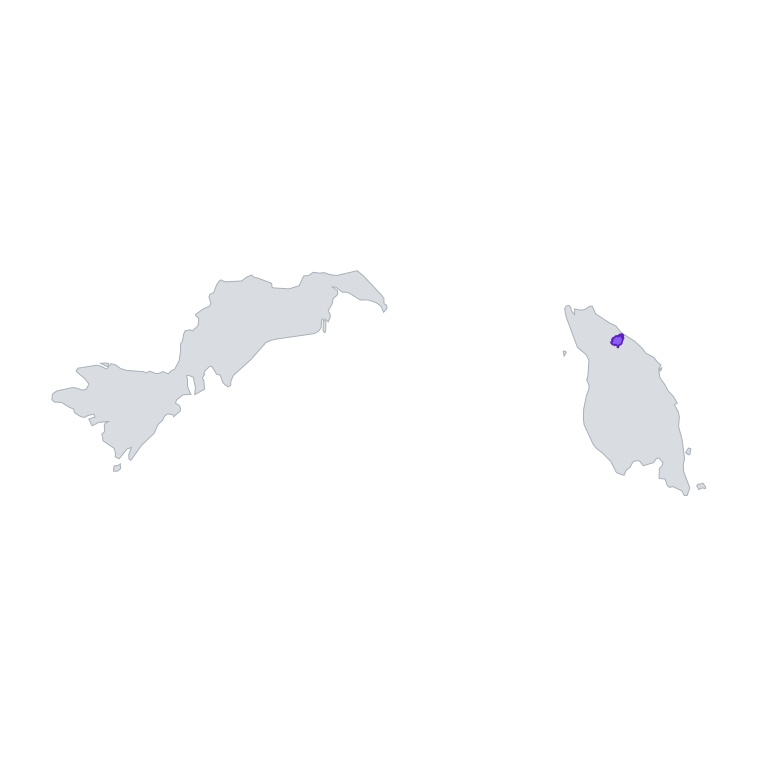 Ledang, Johor, Malaysia (highlighted), rotated 185°
{"feature_id": "92858781B19407525562459", "entity_name": "Ledang", "entity_type": "district", "adm_level": 2, "iso_a3": "MYS", "parent_name": "Malaysia", "parent_adm1": "Johor", "projection": "albers", "projection_center": [102.644, 2.275], "detail": "fine", "context": "in_parent", "style": "filled", "palette": "violet", "viewbox_px": 768, "rotation_deg": 185, "n_neighbors": 0, "source": "geoboundaries", "source_scale": "gbopen_adm2", "svg_char_len": 6744}
<svg xmlns="http://www.w3.org/2000/svg" viewBox="0 0 768 768"><g transform="rotate(185 384 384)"><path d="M657.6,380.5L653.4,379.8L647.5,376.3L641.5,375.1L624.3,375.3L621.8,374.2L618.5,376.4L612.5,374.6L609.0,374.9L605.3,377.1L599.8,375.3L597.2,378.5L593.8,380.6L590.1,389.2L589.5,399.5L590.3,405.8L588.5,409.3L587.9,416.5L586.7,419.7L581.8,421.1L579.7,420.1L575.4,424.6L574.3,426.4L574.2,433.4L577.6,435.6L577.6,437.1L570.6,443.0L564.4,446.4L563.5,449.4L566.0,455.5L565.0,458.4L561.8,459.9L559.5,467.8L556.6,472.9L555.5,473.4L551.2,471.9L534.9,474.2L530.2,478.4L525.5,481.0L521.8,478.6L520.0,478.8L504.7,474.5L504.0,470.7L502.5,470.1L486.8,470.5L477.0,474.6L473.5,484.6L468.2,485.7L464.4,489.1L457.6,488.8L453.4,489.7L446.8,488.2L440.5,488.0L420.5,494.5L414.0,490.0L394.3,472.4L391.6,469.3L390.9,463.8L388.7,462.9L388.0,461.4L387.6,459.8L390.6,455.4L393.7,461.1L398.6,464.2L407.1,466.4L415.0,465.6L426.0,471.3L429.6,472.2L433.4,471.8L440.3,476.2L444.5,476.3L438.9,473.3L437.9,470.9L438.5,468.3L442.1,464.8L442.6,459.3L445.3,453.8L445.9,451.2L443.9,449.3L443.4,445.9L444.9,441.2L448.6,443.6L451.7,443.0L451.6,434.5L453.9,430.8L457.7,428.2L495.1,419.4L501.3,417.3L505.4,414.8L518.8,396.6L534.7,379.5L536.8,373.5L536.6,369.3L537.6,368.3L539.3,367.7L542.8,369.8L544.7,371.5L548.1,378.7L551.3,378.9L556.6,385.8L557.8,386.6L559.3,386.2L563.4,381.7L564.5,378.4L563.6,377.9L565.5,374.1L563.8,371.7L562.2,363.2L571.6,357.0L571.6,364.0L574.5,374.1L579.2,375.5L581.6,374.9L580.2,371.8L579.7,365.8L578.4,361.9L575.4,356.9L583.3,355.7L589.2,350.2L590.1,346.8L586.2,344.9L584.7,342.3L584.6,339.5L590.7,333.0L591.4,334.9L595.3,335.3L597.2,335.2L599.9,332.6L601.2,328.8L605.9,323.5L608.5,315.1L620.3,301.7L629.5,285.9L631.5,287.1L632.1,291.3L630.1,298.8L634.3,296.9L641.4,286.4L645.5,288.1L645.3,290.9L647.0,296.2L658.9,302.9L660.7,309.6L658.1,312.2L659.1,318.8L658.2,320.8L654.3,322.8L665.0,320.8L671.2,316.9L675.0,323.3L669.0,325.9L670.3,328.6L676.0,326.9L679.5,324.6L683.0,325.0L688.5,327.6L690.1,329.0L691.2,332.1L695.2,333.2L703.5,337.5L710.9,337.3L713.5,339.4L713.4,345.1L709.5,348.5L694.1,353.3L690.1,353.2L684.3,351.6L680.3,352.6L677.8,358.1L682.6,363.4L690.7,368.9L691.8,370.3L690.2,373.1L672.1,377.6L668.3,377.3L661.6,374.7L657.6,380.5ZM70.3,307.2L72.3,299.4L75.1,299.1L77.9,303.5L87.5,307.0L90.4,305.9L91.7,306.6L93.0,307.7L95.7,313.8L101.7,313.9L102.4,323.6L99.7,327.3L99.3,329.8L103.7,334.3L106.3,333.3L108.5,329.2L118.6,325.2L122.7,329.6L126.5,329.6L129.3,328.0L131.4,322.8L135.4,318.9L136.9,314.0L142.7,315.3L144.9,316.3L151.5,326.8L160.1,334.1L166.5,338.1L170.4,342.1L181.1,360.9L182.4,367.0L182.9,376.3L181.3,390.3L179.3,397.3L179.7,400.6L182.4,405.7L181.6,410.5L181.9,425.5L185.2,430.9L194.5,437.4L208.2,466.3L210.6,474.5L209.3,477.6L206.8,478.4L204.8,476.8L203.4,472.9L200.2,469.7L200.6,475.4L194.7,474.7L190.6,475.6L185.7,479.5L183.3,479.6L179.2,472.3L163.7,464.0L157.9,461.9L151.9,455.6L138.3,448.6L129.7,441.9L126.1,437.7L117.3,433.9L113.5,429.6L109.7,427.1L111.7,422.9L109.9,414.7L103.7,407.3L100.6,402.2L94.8,397.0L90.2,390.6L92.9,388.7L88.4,381.9L86.9,376.9L86.9,367.5L82.1,354.3L78.1,335.9L78.9,329.5L77.8,322.6L70.3,307.2ZM641.7,279.7L639.7,281.5L639.1,276.6L641.8,274.0L645.7,273.5L645.9,277.9L645.0,279.1L641.7,279.7ZM61.2,306.3L63.6,309.9L61.8,312.0L60.4,311.5L57.7,313.1L54.8,309.6L54.5,307.9L57.9,308.2L61.2,306.3ZM449.9,441.9L448.9,442.3L447.3,441.2L446.8,430.9L447.9,430.0L449.4,432.0L449.9,441.9ZM77.6,341.9L75.1,346.7L72.7,346.2L73.1,340.7L74.5,340.0L77.6,341.9ZM668.0,379.9L663.3,380.6L660.1,380.5L660.5,377.8L662.0,377.4L668.0,379.9ZM208.3,432.3L205.8,432.4L205.2,431.1L207.0,427.6L208.3,432.3ZM110.5,423.7L108.8,424.3L109.0,422.2L110.2,421.0L110.5,423.7Z" fill="#d9dde1" stroke="#a8b0b8" stroke-width="1"/><path d="M153.4,443.2L152.5,443.7L152.2,443.7L151.9,443.7L151.7,443.8L151.4,444.0L151.5,444.2L151.4,444.4L151.3,444.6L151.1,444.8L151.0,445.0L150.8,445.1L150.6,445.4L150.6,445.6L150.7,445.8L150.8,446.1L150.6,446.3L150.6,446.5L150.5,446.8L150.3,447.1L150.3,447.7L150.2,447.9L150.2,448.2L150.1,448.4L150.1,448.6L149.9,448.8L150.2,449.1L150.2,449.3L150.0,449.6L149.8,449.8L149.7,449.9L149.4,450.1L149.3,450.4L149.5,450.6L149.4,450.8L149.5,450.9L149.7,451.0L149.9,451.0L150.0,450.9L150.0,451.0L150.4,451.1L150.4,451.3L150.5,451.4L150.8,451.3L150.9,451.5L151.0,451.5L151.1,451.4L151.1,451.5L151.3,451.4L151.3,451.5L151.4,451.8L151.4,452.0L151.5,452.0L151.6,452.3L151.6,452.5L151.4,452.6L151.4,452.8L151.3,453.0L151.2,453.0L150.9,453.1L150.7,452.9L150.4,452.7L150.4,452.8L150.4,453.0L150.2,453.0L150.0,452.9L149.9,453.0L149.7,453.1L149.8,453.3L149.8,453.2L149.9,453.3L150.0,453.3L150.0,453.5L150.0,453.4L149.9,453.4L149.9,453.5L150.0,453.8L150.3,453.9L150.4,454.0L150.6,454.1L150.9,454.3L151.2,454.6L151.4,454.7L151.9,454.2L151.9,454.3L152.0,454.3L152.1,454.2L152.3,454.2L152.5,454.2L152.7,453.8L152.7,453.6L152.9,453.5L153.0,453.7L153.2,453.9L153.3,454.0L153.5,454.0L153.7,453.9L153.8,453.7L153.7,453.5L153.2,453.5L153.0,453.4L153.2,453.1L153.3,452.9L153.2,452.8L153.2,452.6L153.4,452.5L153.5,452.5L153.6,452.4L153.5,452.2L153.9,451.9L154.4,452.1L154.5,452.3L154.2,452.4L153.8,452.8L153.9,453.1L154.1,453.1L154.2,452.9L154.4,452.7L154.6,452.6L154.9,452.7L155.1,452.6L155.1,452.3L154.9,452.2L154.8,451.9L155.1,451.7L155.3,451.6L155.5,452.0L155.7,452.3L155.9,452.3L156.0,452.2L156.3,452.1L156.4,451.9L156.6,451.9L156.8,451.9L157.1,451.9L157.2,452.1L157.4,452.0L157.5,451.8L157.5,451.6L157.5,451.2L158.1,451.0L158.3,450.9L158.5,450.9L158.6,450.7L158.6,450.4L158.8,450.2L159.0,450.3L159.3,450.3L159.5,450.2L160.0,449.8L160.1,449.4L159.9,449.3L159.6,449.4L159.4,449.3L159.5,449.1L159.7,448.9L160.0,449.0L160.4,448.9L160.6,448.8L160.7,448.7L160.8,448.4L160.5,448.4L160.3,448.5L160.2,448.4L160.2,448.2L160.4,448.0L160.6,447.9L160.8,447.7L160.7,447.5L160.4,447.6L160.3,447.3L160.3,447.2L160.1,447.1L160.0,446.9L160.4,446.8L160.4,446.7L160.3,446.4L160.4,446.0L160.5,445.9L160.6,445.7L160.9,445.7L161.0,445.8L161.1,445.7L161.1,445.4L161.4,445.3L161.5,445.3L161.4,445.1L161.3,444.9L161.3,444.7L161.2,444.5L160.9,444.5L160.7,444.5L160.7,444.4L160.4,444.2L160.5,444.1L160.6,443.9L160.4,443.7L160.2,443.7L159.9,443.6L159.7,443.6L159.6,443.4L159.6,443.2L159.4,443.0L159.2,443.0L158.8,443.1L158.5,443.2L158.4,443.2L158.2,443.2L157.9,443.1L157.7,442.8L157.5,442.6L157.4,442.7L157.2,442.9L157.0,443.0L156.9,443.1L156.7,443.3L156.6,443.6L156.4,443.6L156.2,443.4L156.0,443.2L156.0,442.9L155.8,442.9L155.6,443.0L154.8,442.5L154.7,442.4L154.7,442.2L154.5,441.9L154.6,441.6L154.8,441.4L154.7,440.8L154.1,440.8L154.2,441.0L153.9,441.3L153.8,441.5L153.7,441.6L153.5,441.8L153.5,442.0L153.4,442.1L153.5,442.3L153.4,442.5L153.4,442.8L153.5,442.8L153.5,443.0L153.4,443.0L153.4,443.2Z" fill="#8b5cf6" stroke="#5b21b6" stroke-width="1.5"/></g></svg>